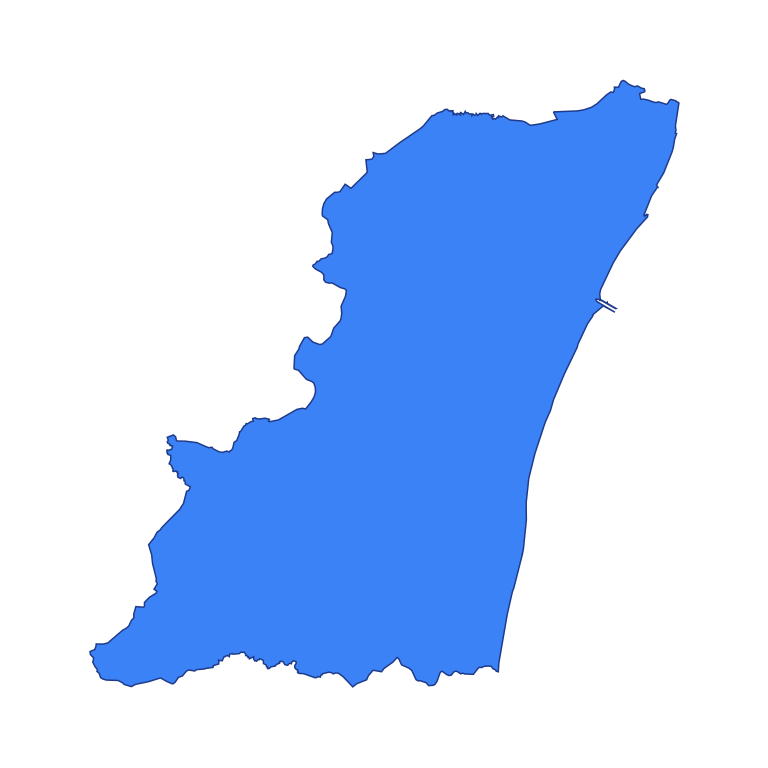 the district of Cha-Am, Phetchaburi, Thailand, rotated 4°
{"feature_id": "78962969B57649176029209", "entity_name": "Cha-Am", "entity_type": "district", "adm_level": 2, "iso_a3": "THA", "parent_name": "Thailand", "parent_adm1": "Phetchaburi", "projection": "albers", "projection_center": [99.881, 12.769], "detail": "fine", "context": "isolated", "style": "filled", "palette": "blue", "viewbox_px": 768, "rotation_deg": 4, "n_neighbors": 0, "source": "geoboundaries", "source_scale": "gbopen_adm2", "svg_char_len": 6134}
<svg xmlns="http://www.w3.org/2000/svg" viewBox="0 0 768 768"><g transform="rotate(4 384 384)"><path d="M658.6,83.1L654.9,81.0L650.5,80.1L649.5,80.6L647.2,84.7L646.2,85.3L638.0,83.4L636.1,84.2L633.6,84.1L628.2,82.5L623.2,81.7L620.3,82.1L618.7,76.5L623.6,74.3L623.8,73.2L623.0,71.3L619.9,70.8L616.0,68.9L613.5,70.0L610.3,69.1L606.9,67.8L603.5,65.2L601.3,64.5L599.5,65.7L597.2,71.6L593.1,71.8L593.4,73.4L592.6,77.1L589.8,76.9L585.8,80.1L576.7,89.8L571.8,93.4L564.1,96.6L557.8,98.1L534.5,100.7L534.3,101.2L538.3,108.0L521.3,113.7L511.9,115.8L506.7,112.9L503.3,112.0L491.2,111.8L483.9,108.2L482.7,109.4L479.6,108.5L479.7,110.2L478.5,109.8L476.8,112.0L475.4,111.4L474.1,112.4L472.6,109.8L473.9,109.9L474.7,109.3L474.3,107.6L471.4,108.4L469.8,107.9L469.2,106.9L463.2,107.3L462.2,108.2L461.4,107.3L460.6,107.4L458.9,109.6L457.1,107.7L456.8,108.9L455.5,109.7L454.1,108.6L453.0,110.1L452.8,108.5L449.9,108.6L448.9,107.6L446.9,107.8L446.0,106.4L444.6,109.5L441.5,107.8L441.0,108.6L441.5,110.2L438.5,108.8L437.8,109.1L437.8,110.6L435.6,109.4L435.2,110.4L434.2,110.6L434.2,107.9L432.5,107.4L433.2,106.6L429.6,107.0L428.1,105.6L425.6,105.9L423.3,108.1L418.3,109.9L415.4,112.5L413.1,112.9L405.3,123.8L401.9,127.1L383.1,141.9L369.4,153.8L362.2,155.0L357.0,153.9L358.0,157.6L356.3,160.6L350.3,161.6L352.5,173.8L351.6,175.1L337.4,191.1L331.3,187.4L326.7,195.1L324.3,196.0L321.4,196.2L313.8,203.4L311.5,208.1L310.4,213.2L310.5,219.3L311.1,220.8L316.4,224.0L317.4,227.9L321.8,236.4L321.6,246.4L323.3,249.6L323.7,251.9L323.1,257.6L319.9,258.6L318.5,261.0L316.5,262.5L312.6,263.5L310.4,266.2L308.6,266.3L307.3,268.8L304.9,270.4L304.8,271.7L307.8,274.2L313.7,276.8L315.6,278.5L316.5,280.2L316.7,284.3L318.6,286.5L321.9,287.2L325.1,286.8L333.6,290.8L338.4,291.9L340.0,293.4L339.5,299.0L335.8,309.4L336.9,316.6L336.5,322.1L335.6,324.4L330.0,331.7L327.6,340.4L319.6,348.5L316.9,349.1L310.1,347.1L304.6,342.6L301.4,343.3L297.1,352.4L296.7,355.0L292.9,361.9L293.1,374.6L293.7,375.4L297.6,376.2L306.3,384.8L311.7,386.5L314.0,388.1L315.7,392.3L316.2,396.8L315.2,401.7L312.6,406.9L307.6,414.3L304.3,413.9L298.9,415.4L281.0,427.3L272.3,429.6L271.5,429.3L272.2,427.2L267.7,426.4L262.2,427.6L259.6,427.5L258.0,426.7L255.4,427.6L256.2,430.2L254.1,430.7L250.5,433.3L249.2,433.1L248.8,434.8L247.2,435.7L244.2,441.5L243.3,441.7L242.9,445.0L240.9,450.8L238.5,452.6L237.6,458.5L236.5,460.7L235.0,461.6L234.5,462.5L231.7,461.9L228.0,463.4L224.6,463.3L218.1,460.6L216.8,459.1L213.4,459.8L201.3,455.5L189.6,454.9L181.7,455.3L180.8,454.6L179.8,451.2L177.4,449.5L171.5,452.3L172.6,454.8L172.6,455.8L171.8,456.6L172.5,458.2L174.9,459.2L174.8,460.3L177.3,460.5L177.0,461.8L177.4,462.3L176.4,464.4L175.4,464.2L174.0,465.2L172.3,464.9L172.1,465.6L172.2,466.6L172.9,467.1L172.4,467.7L173.4,469.4L176.3,470.1L176.5,474.7L175.2,478.6L176.5,479.1L178.4,481.3L178.8,482.9L179.7,483.4L179.4,485.6L180.7,486.0L182.5,485.3L183.4,486.2L184.1,486.0L184.0,487.1L185.1,487.8L184.3,489.2L184.9,491.4L187.8,492.4L189.1,490.9L190.2,491.5L191.0,492.3L191.2,494.5L192.4,494.9L192.7,497.6L198.0,500.1L196.7,503.8L194.6,504.8L192.3,517.1L188.9,523.3L172.5,542.5L171.0,545.1L167.9,547.8L165.4,553.5L160.4,560.7L164.2,570.8L165.6,579.1L170.4,593.8L170.4,596.9L171.6,598.4L171.7,599.3L168.9,604.8L171.9,606.7L171.2,608.6L165.0,613.0L160.3,618.5L160.5,622.6L159.7,623.4L152.0,623.4L150.4,631.0L150.8,634.6L148.5,637.5L146.2,643.4L143.5,646.0L140.6,647.7L126.5,661.6L121.7,663.1L115.0,663.4L115.0,665.7L113.9,669.1L109.4,671.4L110.0,674.4L113.5,677.6L112.9,681.8L115.3,685.9L117.8,688.7L118.1,690.0L117.7,690.8L120.0,692.4L121.7,696.6L123.8,697.8L127.6,698.7L139.4,698.3L144.3,700.4L145.7,701.8L153.1,703.5L157.2,700.9L169.8,697.4L181.5,692.8L188.1,695.9L193.3,697.8L194.6,697.7L196.4,696.1L199.5,690.9L203.2,689.4L206.8,684.4L209.0,682.9L215.2,683.5L217.0,682.0L225.3,680.7L225.6,680.2L233.2,678.7L233.4,676.8L238.7,674.8L238.3,671.2L239.0,671.8L239.7,671.2L241.9,671.4L243.3,667.5L244.7,667.0L244.9,666.4L247.0,665.9L248.7,666.7L248.7,664.5L251.4,663.5L252.2,664.1L258.6,663.0L260.0,661.3L261.5,661.7L263.3,661.3L264.9,663.3L264.9,664.5L266.1,664.5L266.9,665.5L267.8,665.4L267.6,666.4L268.6,666.6L268.9,667.5L273.0,665.2L273.1,667.4L274.5,669.3L275.3,668.9L276.2,669.4L277.5,667.7L278.8,667.8L279.3,666.8L280.8,667.2L282.9,668.3L283.3,671.3L286.1,672.5L286.5,674.3L287.7,674.6L287.7,676.0L288.8,676.0L291.4,673.9L295.2,673.0L296.3,671.2L299.1,670.0L298.8,669.2L299.5,669.1L299.7,667.7L302.8,668.1L304.5,670.7L306.7,671.4L308.0,670.9L308.1,670.1L309.7,669.2L311.0,669.6L311.7,667.4L313.1,666.4L315.7,667.2L315.8,669.1L314.6,671.1L314.8,673.2L316.6,675.1L318.0,675.2L317.8,676.5L318.5,677.2L318.0,677.9L319.2,678.6L324.0,678.6L335.7,681.8L337.4,681.5L338.4,680.5L341.0,680.8L341.2,679.0L342.7,678.2L342.9,677.3L349.2,675.3L352.1,675.7L353.5,676.7L356.2,675.5L358.8,675.8L363.6,678.8L374.0,688.3L377.8,684.8L387.3,680.3L388.7,676.2L393.1,670.3L401.7,671.2L403.8,667.8L412.4,660.7L416.2,655.9L417.9,657.1L421.1,662.9L429.0,665.9L431.8,668.0L436.6,676.7L438.5,677.7L440.9,677.5L447.0,679.1L449.6,681.8L454.3,681.1L455.8,680.1L457.6,677.0L460.1,668.0L461.3,666.7L462.6,666.8L466.6,669.4L469.1,670.3L471.5,669.7L473.5,666.6L475.3,665.5L477.1,665.7L480.8,667.8L482.8,667.0L484.7,667.6L493.4,667.4L498.4,660.1L501.1,660.0L504.0,658.5L507.9,658.1L510.7,658.1L512.7,660.5L515.2,661.4L516.0,662.7L518.1,663.1L518.0,654.3L523.1,604.4L526.6,582.1L527.7,578.6L533.8,544.9L533.5,544.2L534.0,543.8L534.6,538.1L535.5,509.8L534.1,492.7L535.0,468.0L539.4,442.9L547.4,411.2L551.9,398.8L554.2,387.8L563.4,360.9L574.2,333.9L574.7,330.7L582.8,309.8L587.3,302.0L587.7,301.0L587.3,300.5L597.3,290.8L609.4,296.3L590.9,287.1L589.4,285.1L589.8,284.4L593.5,284.8L594.1,285.2L593.8,285.6L595.0,285.5L609.8,292.7L610.3,292.5L601.1,288.0L601.0,286.8L600.0,287.5L593.9,284.6L592.9,279.1L593.5,274.6L604.2,247.2L610.5,234.7L625.4,211.3L635.3,198.9L635.2,198.2L634.0,197.4L636.1,196.7L634.1,196.5L632.3,198.4L631.5,197.5L637.9,177.4L643.0,168.7L643.5,168.7L642.0,166.4L648.3,153.9L655.1,132.6L656.1,127.8L656.9,119.5L658.4,113.8L657.0,113.4L657.6,110.8L656.7,106.2L658.6,83.1Z" fill="#3b82f6" stroke="#1e3a8a" stroke-width="1.5"/></g></svg>